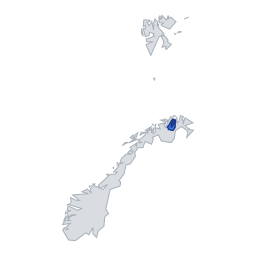 Porsáŋgu sme 2, Finnmark, Norway shown in context
{"feature_id": "86288312B48399951224278", "entity_name": "Porsáŋgu sme 2", "entity_type": "district", "adm_level": 2, "iso_a3": "NOR", "parent_name": "Norway", "parent_adm1": "Finnmark", "projection": "albers", "projection_center": [25.158, 70.243], "detail": "fine", "context": "in_parent", "style": "filled", "palette": "blue", "viewbox_px": 256, "rotation_deg": 0, "n_neighbors": 0, "source": "geoboundaries", "source_scale": "gbopen_adm2", "svg_char_len": 6096}
<svg xmlns="http://www.w3.org/2000/svg" viewBox="0 0 256 256"><path d="M158.5,134.9L152.6,137.2L153.4,139.1L151.5,144.2L145.1,141.5L142.9,147.6L138.2,147.7L134.8,152.4L135.4,156.5L130.3,163.8L126.0,165.0L124.1,173.7L119.0,180.6L120.7,182.2L120.0,186.1L110.1,189.5L105.8,209.1L108.6,213.7L104.8,216.7L103.9,226.3L98.4,230.7L96.6,237.5L92.9,233.8L93.0,227.5L88.9,234.8L85.8,232.8L75.4,240.6L68.6,240.0L62.8,230.3L64.3,227.6L66.4,229.9L68.2,229.0L66.0,227.2L70.3,223.4L62.5,224.6L64.8,220.7L70.1,220.5L67.7,219.2L71.1,216.1L76.3,214.7L71.5,215.0L63.9,220.4L65.8,216.0L68.4,216.5L66.7,212.3L70.1,210.7L67.2,210.3L68.1,206.1L77.9,210.3L81.6,208.5L69.1,204.8L71.2,202.2L70.6,197.5L75.6,200.2L79.3,200.5L72.6,195.0L88.5,193.6L82.0,191.8L87.2,189.1L91.4,193.2L90.1,189.3L93.3,185.3L103.1,189.4L107.7,184.5L100.0,188.1L98.2,185.5L110.2,174.4L115.0,174.1L117.3,172.0L113.7,171.9L119.1,165.6L118.4,163.9L124.1,162.8L120.1,162.8L121.3,158.6L126.0,154.2L131.6,154.3L127.7,152.9L130.4,150.0L132.5,152.8L133.2,151.1L130.1,147.4L135.6,143.7L136.3,147.6L136.6,142.9L142.0,142.5L138.1,140.8L145.1,135.0L146.1,131.7L148.1,133.6L147.4,131.6L151.7,128.6L151.2,132.7L154.2,127.3L152.9,133.7L155.4,132.0L155.3,127.7L160.2,128.9L158.2,124.5L163.1,123.2L165.4,127.5L170.6,116.6L174.2,118.7L171.6,126.3L176.8,117.6L177.2,123.0L178.6,121.9L180.5,115.5L183.4,116.7L181.8,119.9L183.1,120.0L183.0,124.5L185.0,117.8L193.0,122.8L185.2,125.5L188.9,129.6L193.5,130.2L186.7,137.5L187.8,132.6L186.9,130.5L181.5,126.5L175.4,130.7L174.3,138.3L171.2,142.6L161.3,141.0L158.5,134.9ZM155.0,19.0L157.7,22.0L156.9,26.3L158.6,24.2L158.7,27.8L164.0,33.7L158.8,37.1L150.8,55.4L145.9,44.6L153.2,41.6L146.6,41.9L146.2,39.1L154.5,36.2L153.1,35.1L154.0,33.6L149.7,32.3L149.0,35.4L145.4,36.7L143.2,28.5L145.4,28.9L145.3,25.3L143.3,26.6L143.8,19.9L149.8,20.1L150.1,21.2L147.0,22.7L149.3,25.6L151.8,21.5L153.6,30.2L153.7,22.4L155.0,19.0ZM162.0,15.4L166.5,20.1L168.1,15.8L168.6,16.3L168.2,18.8L170.6,17.1L176.0,21.7L169.5,29.2L161.9,25.7L161.1,24.6L163.4,23.1L159.4,22.6L158.7,20.8L159.9,19.8L158.3,18.5L161.0,19.0L160.9,16.8L161.8,18.0L162.0,15.4ZM164.3,35.3L168.2,40.2L167.4,41.8L171.4,44.4L166.4,49.4L165.5,48.9L166.2,46.4L162.0,47.2L164.0,42.4L161.2,36.3L164.3,35.3ZM135.2,140.1L138.5,138.9L128.7,143.0L134.0,139.3L135.0,134.8L137.8,132.7L135.2,140.1ZM141.2,132.2L145.3,132.4L140.1,135.2L141.2,132.2ZM145.5,130.2L151.7,126.3L148.2,130.7L145.5,130.2ZM141.5,28.6L143.0,34.0L143.2,36.2L141.6,33.4L141.5,28.6ZM133.2,135.0L133.2,139.2L130.1,137.6L133.2,135.0ZM166.0,118.6L163.7,121.5L160.8,120.1L164.2,119.7L166.0,118.6ZM166.3,120.7L165.2,124.2L163.9,123.2L166.3,120.7ZM124.9,142.6L128.3,142.3L124.2,144.3L124.9,142.6ZM187.9,17.6L184.1,19.0L188.0,17.4L187.9,17.6ZM179.1,31.4L181.6,31.9L177.8,32.7L179.1,31.4ZM172.6,116.3L174.8,115.6L175.5,116.2L172.6,116.3ZM167.8,119.9L167.3,121.7L166.7,120.1L167.8,119.9ZM155.7,124.4L155.5,126.2L154.7,125.5L155.7,124.4ZM154.8,78.1L154.4,79.8L153.7,78.3L154.8,78.1ZM176.0,34.4L174.8,34.2L174.7,33.5L176.0,34.4ZM108.1,173.9L108.5,175.5L106.6,174.7L108.1,173.9ZM151.9,123.7L152.9,124.5L153.5,125.6L151.9,123.7ZM159.2,16.3L159.6,17.5L158.9,17.0L159.2,16.3ZM94.6,184.5L92.2,184.1L94.9,183.9L94.6,184.5ZM90.6,186.0L89.4,187.0L89.2,186.2L90.6,186.0ZM123.6,144.6L122.3,145.8L123.9,143.6L123.6,144.6ZM66.0,212.7L65.1,214.6L65.8,212.0L66.0,212.7ZM117.4,164.0L117.2,162.7L117.8,162.9L117.4,164.0ZM189.3,127.8L189.1,129.3L189.0,129.0L189.3,127.8ZM117.8,165.2L116.5,165.2L118.1,165.0L117.8,165.2ZM113.6,167.2L113.4,168.4L112.9,167.9L113.6,167.2ZM68.2,204.3L67.2,205.3L67.6,204.4L68.2,204.3Z" fill="#d9dde1" stroke="#a8b0b8" stroke-width="1"/><path d="M175.4,120.4L175.1,120.3L174.9,120.6L174.9,120.8L175.0,120.8L174.9,121.0L174.9,120.9L174.7,121.1L174.6,121.3L174.1,121.9L173.9,122.1L173.8,122.4L173.8,122.5L173.7,122.5L173.5,122.9L173.4,123.0L173.5,123.2L173.4,123.2L173.4,123.3L173.3,123.2L173.2,123.2L173.2,123.3L173.1,123.5L173.0,123.8L172.9,123.8L172.9,124.0L173.0,124.0L173.3,124.1L173.2,124.3L173.3,124.4L173.2,124.6L172.9,124.8L172.9,125.0L172.8,125.3L172.6,125.4L172.5,125.5L172.4,125.7L172.4,125.8L172.3,126.0L172.3,126.3L172.3,126.5L172.2,126.5L172.0,126.8L171.8,126.7L171.7,126.4L171.7,126.2L171.8,126.2L172.0,126.1L171.9,126.0L171.9,125.9L171.9,126.0L171.9,125.9L171.8,126.1L171.7,126.2L171.7,125.9L171.8,125.9L171.8,125.7L171.7,125.6L171.8,125.7L171.7,125.7L171.7,125.8L171.4,125.9L171.4,126.0L171.4,126.3L171.5,126.5L171.6,126.8L171.4,126.9L171.4,126.7L171.1,126.6L171.1,126.4L171.2,126.2L171.1,125.9L171.2,125.7L171.3,125.6L171.2,125.5L171.2,125.4L171.2,125.2L171.5,124.8L171.6,124.7L171.9,124.4L172.0,124.3L172.1,124.2L172.1,123.9L171.9,123.9L171.7,124.1L171.7,123.9L171.7,123.7L171.8,123.6L171.7,123.7L171.8,123.5L171.8,123.4L172.0,123.1L172.1,123.3L172.2,123.2L172.2,123.3L172.3,123.2L172.2,123.0L172.1,122.9L172.2,122.7L172.3,122.6L172.4,122.4L172.5,122.4L172.4,122.4L172.2,122.3L171.7,122.4L171.7,122.2L171.8,122.1L172.1,122.2L172.3,122.0L172.3,121.9L172.2,121.8L171.9,121.9L171.7,121.9L171.8,121.9L171.7,122.0L171.7,121.9L171.8,121.8L171.8,121.7L172.0,121.7L172.3,121.4L172.4,121.1L172.5,121.0L172.6,120.9L172.7,120.7L172.8,120.6L172.7,120.5L172.8,120.5L172.9,120.4L172.9,120.2L173.1,120.2L173.3,120.0L173.3,119.9L173.3,119.6L172.6,119.3L172.5,119.6L171.4,120.8L171.0,121.5L170.8,121.8L170.3,122.5L170.5,123.0L170.1,123.5L169.6,123.8L169.2,124.7L168.4,126.2L167.6,126.4L167.4,127.4L168.0,127.6L168.5,129.5L169.9,129.4L171.3,130.2L172.4,130.3L173.3,130.1L174.3,128.5L174.5,128.0L174.8,127.7L175.0,127.6L174.9,127.4L174.9,127.2L174.8,126.7L175.1,125.8L175.0,125.6L175.1,125.3L175.3,125.1L175.1,124.5L175.0,124.2L175.1,123.9L175.1,123.2L175.4,122.5L175.6,121.6L175.4,120.4ZM174.3,120.3L174.5,120.2L174.5,119.9L174.3,119.9L174.2,120.0L174.3,120.2L174.3,120.3ZM172.6,124.3L172.6,124.2L172.5,124.3L172.4,124.3L172.5,124.4L172.4,124.5L172.3,124.8L172.6,124.6L172.7,124.4L172.6,124.3ZM171.5,125.2L171.4,125.1L171.4,125.3L171.5,125.3L171.5,125.2L171.5,125.2ZM171.6,124.9L171.4,125.0L171.5,125.0L171.6,124.9ZM171.7,125.1L171.8,125.0L171.8,124.9L171.7,125.1Z" fill="#3b82f6" stroke="#1e3a8a" stroke-width="1.5"/></svg>